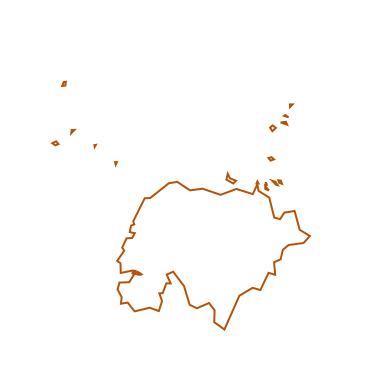 outline of Belitung Timur, Bangka-Belitung, Indonesia, rotated 254°
{"feature_id": "22746128B98690900191937", "entity_name": "Belitung Timur", "entity_type": "district", "adm_level": 2, "iso_a3": "IDN", "parent_name": "Indonesia", "parent_adm1": "Bangka-Belitung", "projection": "albers", "projection_center": [108.219, -2.955], "detail": "medium", "context": "isolated", "style": "outline", "palette": "amber", "viewbox_px": 384, "rotation_deg": 254, "n_neighbors": 0, "source": "geoboundaries", "source_scale": "gbopen_adm2", "svg_char_len": 1949}
<svg xmlns="http://www.w3.org/2000/svg" viewBox="0 0 384 384"><g transform="rotate(254 192 192)"><path d="M78.9,230.7L93.2,243.3L89.5,249.1L101.9,251.6L102.8,258.6L111.4,263.4L114.4,270.2L112.2,285.2L117.2,293.2L126.0,285.1L145.5,285.4L146.7,275.0L141.6,269.2L144.8,264.0L165.3,264.7L174.7,256.3L181.4,256.9L173.2,249.9L182.7,235.5L181.4,218.7L192.3,203.0L194.1,190.6L205.8,180.6L206.8,172.1L197.7,150.1L199.0,144.8L180.0,127.4L176.8,127.6L176.5,124.2L170.6,121.1L168.2,125.7L164.3,121.9L165.5,116.3L157.8,109.6L154.2,110.6L146.4,101.1L143.2,103.6L133.8,101.2L132.9,113.1L131.6,116.4L131.9,114.0L130.9,112.9L130.3,117.7L127.2,120.6L126.5,120.1L127.5,117.3L130.4,112.2L128.9,113.7L122.6,106.8L124.9,97.3L118.9,93.6L110.3,95.4L104.2,92.9L103.4,99.7L93.1,103.9L92.4,119.5L86.7,127.3L95.3,133.1L103.6,132.7L102.8,135.9L111.3,142.2L110.0,146.3L119.5,144.9L120.6,151.9L103.9,158.4L84.2,158.7L78.9,164.7L80.6,177.8L72.0,181.1L60.7,177.5L50.9,185.3L79.2,208.9L83.2,223.8L78.9,230.7ZM194.4,228.5L188.8,234.0L190.7,237.4L194.7,232.3L199.6,231.4L194.4,228.5ZM232.3,284.8L228.3,286.0L230.5,290.3L233.8,287.8L232.3,284.8ZM277.4,71.2L274.5,73.5L274.9,76.8L278.2,75.3L277.4,71.2ZM203.6,274.9L200.5,276.2L200.8,279.8L203.6,278.0L203.6,274.9ZM233.6,301.6L234.4,296.4L230.5,302.0L233.6,301.6ZM329.8,96.4L329.2,99.6L332.7,101.1L333.1,99.1L329.8,96.4ZM180.6,272.3L175.8,274.8L175.0,276.2L178.9,274.9L180.6,272.3ZM177.5,264.0L174.6,263.3L172.3,266.4L177.5,264.0ZM179.4,278.2L176.8,278.4L175.1,280.7L178.4,280.6L179.4,278.2ZM284.7,93.4L281.8,92.2L284.1,96.1L284.7,93.4ZM249.2,310.3L246.6,309.7L248.5,312.8L249.2,310.3ZM130.0,117.5L127.6,117.4L127.2,120.2L130.0,117.5ZM237.1,305.4L240.3,302.9L239.8,301.5L237.1,305.4ZM241.9,126.3L239.3,126.2L241.4,128.0L241.9,126.3ZM181.3,265.7L178.2,264.9L178.2,265.9L181.3,265.7ZM264.0,111.1L262.2,110.9L263.8,112.6L264.0,111.1ZM184.1,257.7L182.5,256.5L181.9,258.2L184.1,257.7Z" fill="none" stroke="#b45309" stroke-width="2"/></g></svg>